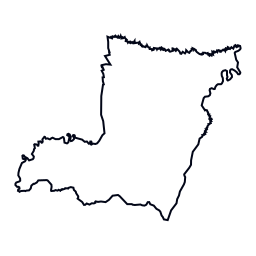 Tha Tum, Surin, Thailand
{"feature_id": "78962969B22875255730199", "entity_name": "Tha Tum", "entity_type": "district", "adm_level": 2, "iso_a3": "THA", "parent_name": "Thailand", "parent_adm1": "Surin", "projection": "albers", "projection_center": [103.652, 15.311], "detail": "fine", "context": "isolated", "style": "outline", "palette": "ink", "viewbox_px": 256, "rotation_deg": 0, "n_neighbors": 0, "source": "geoboundaries", "source_scale": "gbopen_adm2", "svg_char_len": 5713}
<svg xmlns="http://www.w3.org/2000/svg" viewBox="0 0 256 256"><path d="M167.7,220.1L171.1,210.4L176.5,203.3L177.2,199.1L179.0,195.5L179.9,191.5L183.9,184.4L184.8,182.0L185.2,177.1L184.4,175.6L184.2,174.3L189.3,167.7L191.0,164.8L191.1,160.3L192.8,151.8L198.3,144.4L199.6,138.6L202.0,136.9L202.7,135.6L202.4,135.1L203.2,135.0L203.7,134.2L204.3,134.7L205.3,134.0L204.6,133.1L204.8,132.0L205.9,131.9L205.1,130.9L206.5,129.7L206.0,129.1L207.0,128.9L206.7,127.7L207.4,127.3L207.4,126.3L208.7,124.7L208.5,124.1L209.6,124.0L209.9,123.3L210.8,123.1L210.3,121.3L211.2,121.1L210.5,120.2L211.0,120.1L211.0,119.1L211.6,119.0L211.4,118.6L209.4,118.6L210.2,116.1L209.0,115.7L209.3,114.4L208.1,114.3L208.1,112.3L207.3,111.6L207.1,110.4L205.2,109.8L204.9,110.2L201.7,105.4L203.7,98.1L205.0,96.7L208.3,96.3L209.8,95.2L210.4,93.3L209.6,90.2L210.0,88.9L211.7,88.2L213.9,89.1L214.7,89.0L215.5,86.7L216.8,85.0L218.0,84.2L221.0,84.2L221.9,83.4L223.0,81.1L222.8,78.0L221.8,75.9L221.6,73.7L221.9,72.2L223.2,70.8L225.4,70.2L227.0,71.1L227.0,75.3L227.5,76.9L226.8,78.6L227.2,79.9L227.9,80.5L230.1,79.3L232.0,77.0L231.8,75.0L230.0,72.5L230.1,70.4L230.8,69.5L232.1,69.2L234.6,70.5L236.8,72.3L238.1,74.2L239.2,74.3L240.1,73.6L240.3,72.4L237.2,67.3L238.0,62.4L236.2,59.7L234.7,52.9L235.3,52.0L238.4,50.8L240.2,49.3L240.6,48.2L240.1,46.0L237.1,45.0L237.9,45.5L238.0,46.5L237.1,46.9L237.1,45.8L236.1,46.2L235.5,45.1L234.9,45.4L235.4,46.5L234.2,46.3L233.3,48.6L231.4,47.2L231.2,47.5L231.7,47.9L230.8,47.9L230.0,49.0L228.8,48.6L228.6,47.5L228.0,47.2L228.2,49.0L226.8,49.2L226.9,48.3L226.2,48.2L226.6,49.8L226.2,50.0L225.7,49.5L225.3,51.0L224.6,49.8L223.9,51.1L223.9,50.0L223.2,49.6L222.0,50.7L221.3,50.7L220.8,51.8L219.9,51.6L220.0,50.8L218.7,50.1L218.2,50.2L217.4,51.9L216.8,50.9L216.4,51.7L215.1,52.4L214.5,51.6L213.3,51.3L213.0,51.9L213.7,52.4L213.6,53.0L213.2,53.3L212.6,52.7L213.0,54.5L212.0,54.0L211.6,55.6L210.2,54.9L209.4,55.7L209.1,55.3L209.7,54.0L209.1,53.9L208.1,54.4L207.7,53.0L206.4,53.5L205.2,52.8L203.1,52.7L203.1,54.1L202.0,54.6L201.3,53.9L200.8,54.4L199.5,54.0L196.8,52.0L196.0,51.0L195.9,50.1L194.4,49.1L193.9,49.9L193.4,48.6L192.6,48.2L192.7,49.2L191.6,49.1L191.6,50.6L190.4,51.0L189.3,52.8L188.3,52.4L186.2,50.2L186.0,51.9L185.0,53.4L182.7,51.8L181.3,53.8L180.4,53.6L179.6,51.6L176.7,48.6L175.9,49.1L176.3,50.1L175.8,50.9L173.6,48.7L172.5,48.4L172.4,49.0L173.0,49.8L173.1,50.7L170.0,51.7L169.2,51.2L169.1,50.1L168.5,49.5L165.7,50.8L165.2,49.8L164.5,49.8L164.4,48.8L163.6,48.6L163.3,49.9L161.7,49.4L161.4,48.9L162.0,47.9L161.4,47.3L160.8,47.7L160.4,49.3L159.3,48.0L158.4,48.8L157.5,48.5L157.0,49.4L156.6,48.4L154.1,48.0L154.2,48.7L153.7,48.7L153.6,49.8L152.1,50.3L151.8,49.1L149.7,49.0L149.7,47.5L149.0,47.7L147.9,46.8L147.1,45.3L147.0,45.8L146.3,45.8L146.4,46.4L145.3,47.2L143.6,46.3L143.0,46.7L142.4,45.9L141.8,46.1L141.6,45.0L140.9,45.0L141.1,44.3L139.9,43.9L139.9,43.1L139.0,43.6L139.1,42.2L138.6,42.6L134.9,43.1L135.4,42.5L134.5,42.1L134.5,41.0L133.9,41.9L134.1,42.5L133.0,42.8L132.6,42.3L132.1,42.8L131.7,42.3L130.7,42.9L130.4,41.9L129.6,42.5L129.2,41.9L128.3,42.5L128.4,41.8L127.5,41.9L127.1,41.4L125.7,41.1L125.8,40.5L126.6,40.6L126.9,39.9L125.0,38.1L124.7,37.1L123.2,38.2L121.8,38.4L122.1,37.7L122.9,37.7L123.0,37.4L121.9,36.9L121.1,37.2L120.7,36.0L120.3,37.1L119.3,37.9L118.3,37.7L118.8,36.7L118.3,36.0L117.3,37.4L115.6,35.9L115.4,36.7L114.5,36.3L114.1,36.9L112.4,36.3L111.9,37.2L112.4,37.7L112.2,38.1L111.7,37.5L111.3,37.9L110.7,37.1L110.0,37.7L107.5,36.7L108.2,41.9L108.2,48.1L109.5,52.2L109.1,52.3L109.7,54.8L105.0,56.0L110.4,64.6L105.9,64.2L101.5,65.2L101.4,65.6L101.9,67.2L102.5,67.0L103.7,69.8L101.7,70.7L103.3,73.8L103.9,77.2L102.6,77.4L102.9,81.3L103.8,84.4L103.0,84.7L101.3,96.0L101.1,114.8L103.2,121.1L104.5,133.3L102.4,135.2L99.3,140.7L97.2,143.3L95.4,144.0L92.9,143.6L91.4,144.6L90.9,144.4L91.5,142.1L91.2,141.5L90.3,141.5L89.9,143.3L88.8,143.7L86.9,141.5L84.7,141.8L82.1,139.6L75.5,137.8L75.0,137.4L74.7,135.5L73.9,135.0L73.1,135.2L72.8,136.0L74.1,137.8L73.9,139.2L72.3,140.7L70.9,141.1L70.1,139.9L70.8,136.8L69.7,134.5L68.5,133.8L67.5,134.2L67.2,135.1L69.1,136.3L69.4,137.6L68.3,142.4L67.0,143.4L64.5,142.6L64.0,138.6L63.6,137.4L62.9,137.0L59.0,139.1L55.4,139.1L52.6,137.7L51.2,138.3L50.4,139.2L49.5,139.3L47.7,138.4L45.8,138.7L45.0,137.0L44.4,136.8L42.4,139.4L42.7,141.6L42.3,142.5L41.6,142.7L40.5,141.4L38.4,141.6L38.7,143.6L38.3,145.7L37.7,145.7L37.4,144.9L36.5,144.5L34.7,144.2L34.2,144.6L34.9,148.2L34.0,149.2L33.8,150.8L31.9,154.0L33.8,156.5L33.6,158.1L32.8,159.2L29.1,160.4L27.4,158.2L24.8,156.8L23.9,155.5L23.0,155.3L22.4,155.8L22.8,158.7L23.9,159.1L25.5,158.5L25.9,159.0L25.7,160.2L25.0,161.3L21.9,163.0L19.4,169.0L18.5,172.7L18.3,175.4L20.1,178.5L20.2,180.7L19.5,181.4L16.3,182.5L15.5,183.6L15.4,185.0L17.2,186.9L18.5,186.8L19.3,187.3L19.5,188.7L18.2,189.5L18.0,190.8L19.5,191.3L19.6,191.7L21.1,191.0L24.4,190.8L25.4,191.1L26.3,190.6L29.0,190.4L30.7,188.5L31.4,185.6L33.5,183.8L34.3,183.9L36.8,182.5L38.3,180.4L46.8,180.1L47.7,180.5L51.4,184.7L51.6,186.9L51.0,190.2L51.3,191.0L54.1,190.8L55.5,190.1L57.6,190.6L58.7,189.8L60.3,190.7L60.6,190.1L61.5,190.0L61.6,189.3L62.6,189.1L63.0,189.4L64.9,188.8L65.2,188.2L68.2,188.5L68.4,187.9L70.8,187.1L73.4,187.7L73.9,189.9L75.7,191.6L76.2,193.3L78.2,196.3L78.2,197.4L77.6,198.6L82.2,202.0L84.0,204.9L85.2,204.8L86.7,203.5L89.5,204.6L91.7,203.3L93.9,203.4L95.3,202.8L95.2,201.8L95.6,201.4L98.0,201.9L101.0,201.5L105.6,202.1L109.0,199.8L112.6,195.7L118.0,195.0L119.7,196.2L127.2,204.1L131.8,204.1L132.6,204.7L134.8,205.0L140.4,204.5L142.2,205.3L144.5,205.6L146.3,204.7L147.7,202.2L149.2,202.1L150.3,204.3L153.8,205.6L156.4,208.8L159.1,210.3L160.3,211.6L161.6,215.5L162.8,217.0L163.9,219.4L167.7,220.1Z" fill="none" stroke="#020617" stroke-width="2"/></svg>